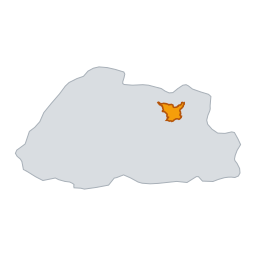 Gangzur, Lhuntshi, Bhutan shown in context
{"feature_id": "84629894B27978509932961", "entity_name": "Gangzur", "entity_type": "district", "adm_level": 2, "iso_a3": "BTN", "parent_name": "Bhutan", "parent_adm1": "Lhuntshi", "projection": "mercator", "projection_center": [91.081, 27.722], "detail": "fine", "context": "in_parent", "style": "filled", "palette": "amber", "viewbox_px": 256, "rotation_deg": 0, "n_neighbors": 0, "source": "geoboundaries", "source_scale": "gbopen_adm2", "svg_char_len": 5372}
<svg xmlns="http://www.w3.org/2000/svg" viewBox="0 0 256 256"><path d="M210.2,108.9L209.8,110.7L207.9,115.3L206.7,120.2L207.7,124.3L212.0,129.2L217.7,133.1L225.0,133.4L231.7,131.9L234.4,132.5L238.0,139.0L240.6,144.6L237.1,150.4L235.2,155.4L234.5,159.0L234.9,160.6L237.1,163.5L239.6,168.5L240.0,173.0L238.4,176.0L234.9,177.5L231.2,177.1L228.2,177.2L224.4,177.7L218.4,179.4L212.9,181.5L202.5,181.1L198.4,176.6L196.4,176.6L187.0,182.5L176.7,181.4L158.0,183.4L150.1,183.8L142.1,183.2L138.0,182.0L130.5,177.9L123.6,174.9L116.6,177.6L114.2,178.1L108.6,185.1L96.5,187.4L84.4,189.1L80.8,188.2L74.0,187.8L73.8,186.1L74.0,184.5L72.4,183.3L69.7,182.0L64.9,181.4L58.8,179.7L55.3,178.0L42.9,180.5L35.7,176.8L27.5,171.7L23.4,169.5L21.9,161.6L20.4,159.1L17.2,156.4L15.4,153.3L16.8,150.1L25.0,144.1L25.6,142.7L29.4,131.4L34.7,127.4L39.8,121.7L43.8,112.6L51.3,103.4L59.6,93.8L65.3,86.1L69.1,82.5L76.9,78.6L83.5,76.3L88.0,71.1L93.4,68.2L99.0,66.9L107.3,67.6L115.2,69.4L123.8,72.0L124.8,74.1L124.0,77.8L122.8,81.6L122.7,83.5L124.1,84.5L132.5,85.2L142.8,84.7L148.5,85.2L161.4,88.6L165.1,91.1L169.1,92.9L172.9,92.6L177.8,88.6L182.9,85.2L186.1,84.7L188.3,85.8L192.4,89.0L200.9,92.0L208.5,94.3L210.9,96.5L210.1,105.8L210.2,108.9Z" fill="#d9dde1" stroke="#a8b0b8" stroke-width="1"/><path d="M184.2,102.9L183.9,103.1L183.7,103.1L183.4,103.0L183.1,102.8L182.9,102.5L182.8,102.4L182.7,102.4L182.4,102.5L182.0,102.5L181.7,102.6L181.6,103.1L181.4,103.7L181.2,104.1L180.9,104.7L180.7,104.9L180.3,104.9L180.1,105.0L179.6,105.0L179.2,105.1L178.8,105.2L178.5,105.5L178.4,105.8L178.3,106.1L178.0,106.0L177.5,106.2L177.3,106.4L177.3,106.6L177.1,106.8L176.9,107.1L176.5,107.2L176.0,107.2L175.5,107.3L175.4,107.3L175.2,107.3L174.6,107.4L174.2,107.4L173.9,107.4L173.7,107.2L173.3,106.9L173.2,106.8L173.2,106.5L173.1,106.4L173.0,106.2L173.0,105.9L173.0,105.7L173.0,105.4L173.0,105.2L172.7,105.0L172.4,104.9L172.1,104.7L171.9,104.6L171.7,104.5L171.4,104.4L171.2,104.5L170.9,104.5L170.6,104.6L170.3,104.6L170.0,104.5L169.8,104.5L169.6,104.6L169.4,104.7L169.2,104.8L168.9,104.8L168.6,104.8L168.4,104.6L168.2,104.4L167.6,104.1L167.3,104.0L166.8,104.0L166.7,104.0L166.5,103.8L166.3,103.7L166.0,103.6L165.7,103.6L165.3,103.7L165.1,103.5L164.7,103.5L164.4,103.4L164.0,103.4L163.7,103.3L163.3,103.4L163.1,103.4L162.8,103.5L162.6,103.6L162.3,103.7L162.1,103.7L161.7,103.7L161.0,103.7L160.5,103.6L160.0,103.3L159.8,103.1L159.5,102.8L159.1,102.5L159.0,102.4L158.6,102.2L158.3,102.2L158.1,102.3L157.9,102.6L158.1,102.7L158.1,102.9L158.3,103.1L158.5,103.1L158.9,103.5L158.9,103.8L159.0,104.0L159.3,104.5L159.5,104.7L160.0,104.9L160.3,104.9L160.5,105.0L160.8,105.1L161.1,105.3L161.2,105.5L161.4,105.8L161.7,105.8L161.9,105.8L162.2,105.9L162.2,106.1L162.3,106.3L162.3,106.5L162.3,106.8L162.5,107.0L162.8,107.2L162.8,107.4L162.8,107.5L162.7,107.8L162.7,108.0L162.8,108.4L162.9,108.6L163.0,108.7L163.2,109.1L163.3,109.3L163.3,109.5L163.3,109.8L163.2,110.2L163.1,110.3L162.8,110.4L162.6,110.5L162.5,110.9L162.5,111.0L162.4,111.2L162.4,111.3L162.5,111.4L162.6,111.5L162.8,111.6L163.5,111.5L163.9,111.6L164.0,111.7L164.3,111.5L164.7,111.8L164.8,111.8L165.0,112.0L165.1,112.3L165.3,112.5L165.5,112.6L165.7,112.8L165.8,112.9L165.9,113.0L166.0,113.1L166.2,113.3L166.4,113.3L166.5,113.5L166.6,113.8L166.9,113.9L167.0,114.0L167.2,114.3L167.1,114.5L167.1,114.9L167.1,115.0L166.9,115.4L166.9,115.5L167.0,115.6L166.9,115.8L166.9,116.0L167.0,116.2L167.0,116.3L167.0,116.5L167.0,116.8L167.4,117.0L167.6,117.0L167.9,117.1L168.2,117.2L168.5,117.2L168.5,117.4L168.1,117.8L167.8,118.2L167.5,118.3L167.4,118.5L167.2,118.8L167.2,119.0L166.9,119.2L166.9,119.3L167.0,119.6L166.9,119.7L166.9,119.9L166.9,120.0L166.6,120.2L166.5,120.3L166.8,120.3L166.9,120.2L167.0,120.3L167.3,120.3L167.5,120.3L167.8,120.3L168.1,120.6L168.4,120.7L168.6,120.7L168.8,120.8L169.0,121.0L169.4,121.1L169.6,121.1L170.0,121.0L170.3,121.0L170.4,120.9L170.6,120.9L170.9,120.9L171.0,120.9L171.3,121.0L171.5,121.1L171.7,121.3L171.8,121.4L172.0,121.2L172.3,121.2L172.5,121.2L172.8,121.1L173.0,121.0L173.1,120.9L173.3,120.8L173.4,120.7L173.5,120.7L173.9,120.1L174.0,120.1L174.2,119.9L174.4,119.8L174.6,119.7L174.9,119.5L175.0,119.4L175.4,119.2L175.6,119.1L175.8,118.9L176.2,118.8L176.3,118.9L176.7,118.9L176.8,118.8L177.2,118.8L177.3,118.8L177.6,118.8L177.8,118.9L178.0,119.0L178.5,119.0L178.8,119.2L178.9,119.3L179.1,119.2L179.4,119.1L179.6,119.0L179.8,118.8L180.2,118.4L180.3,118.2L180.5,117.9L180.7,117.6L180.8,117.6L181.1,117.6L181.2,117.4L181.2,117.0L181.2,116.8L181.2,116.7L181.5,116.3L181.5,116.2L181.4,116.2L181.0,116.2L180.9,116.2L180.6,116.1L180.5,115.9L180.5,115.7L180.4,115.6L180.2,115.4L180.0,115.2L179.9,115.1L179.7,115.0L179.3,114.9L179.5,114.9L179.9,114.6L180.3,114.3L180.5,114.1L180.7,113.9L180.5,113.7L180.4,113.5L180.3,113.4L180.3,113.2L180.5,112.9L180.5,112.7L180.5,112.3L180.5,112.1L180.4,111.9L180.4,111.7L180.2,111.5L180.1,111.3L179.8,111.1L179.7,110.9L179.8,110.7L179.9,110.3L179.9,110.2L180.0,110.1L180.1,109.9L180.1,109.7L180.2,109.4L180.3,109.3L180.3,109.1L180.9,108.8L181.1,108.7L181.4,108.6L181.5,108.5L181.6,108.4L181.8,108.2L182.0,107.8L182.0,107.7L182.3,107.3L182.5,107.1L182.8,106.9L183.1,106.7L183.2,106.2L183.2,105.9L183.2,105.6L183.3,105.5L183.3,105.4L183.4,105.2L183.5,105.1L183.7,104.9L183.8,104.8L184.0,104.5L184.1,104.4L184.2,103.8L184.2,103.6L184.2,103.4L184.2,103.1L184.2,102.9Z" fill="#f59e0b" stroke="#b45309" stroke-width="1.5"/></svg>